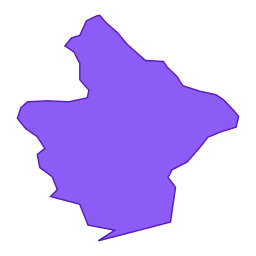 the district of Arboga, Västmanland, Sweden
{"feature_id": "70781695B70233385943782", "entity_name": "Arboga", "entity_type": "district", "adm_level": 2, "iso_a3": "SWE", "parent_name": "Sweden", "parent_adm1": "Västmanland", "projection": "equal_earth", "projection_center": [15.804, 59.383], "detail": "fine", "context": "isolated", "style": "filled", "palette": "violet", "viewbox_px": 256, "rotation_deg": 0, "n_neighbors": 0, "source": "geoboundaries", "source_scale": "gbopen_adm2", "svg_char_len": 741}
<svg xmlns="http://www.w3.org/2000/svg" viewBox="0 0 256 256"><path d="M237.9,119.4L238.6,116.5L233.6,110.4L223.6,99.8L216.1,94.8L199.5,91.2L182.8,85.7L177.0,76.6L167.0,67.0L163.5,61.5L145.4,60.5L127.2,44.4L117.2,32.4L105.6,22.3L99.9,15.4L97.5,15.6L86.5,20.8L79.8,35.4L71.5,37.9L64.9,45.9L74.0,52.0L79.8,63.5L79.8,79.6L88.9,90.2L87.3,97.8L69.0,101.8L47.4,100.8L27.4,101.8L20.8,107.9L17.4,118.5L17.8,118.9L25.7,128.6L37.3,136.7L44.8,148.4L37.3,154.4L39.8,167.6L52.3,176.8L57.3,189.5L50.6,196.6L79.7,204.2L88.0,225.1L114.7,230.2L98.9,240.4L99.1,240.6L170.5,222.0L170.7,220.4L175.5,187.4L168.0,177.3L172.1,169.7L187.1,162.0L200.4,146.8L207.8,137.2L221.1,131.7L236.1,127.1L237.9,119.4Z" fill="#8b5cf6" stroke="#5b21b6" stroke-width="1.5"/></svg>